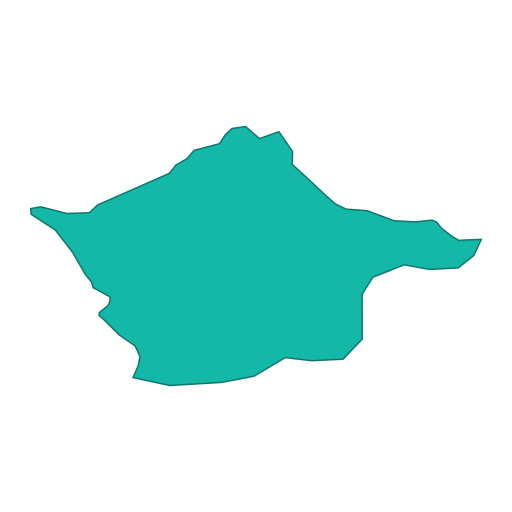 SVG path tracing the border of Pargaujas
{"feature_id": "LVA-5793", "entity_name": "Pargaujas", "entity_type": "Municipality", "adm_level": 1, "iso_a3": "LVA", "parent_name": "Latvia", "parent_adm1": "", "projection": "robinson", "projection_center": [25.076, 57.369], "detail": "fine", "context": "isolated", "style": "filled", "palette": "teal", "viewbox_px": 512, "rotation_deg": 0, "n_neighbors": 0, "source": "natural_earth", "source_scale": "10m", "svg_char_len": 863}
<svg xmlns="http://www.w3.org/2000/svg" viewBox="0 0 512 512"><path d="M245.5,126.5L259.5,138.6L278.9,131.7L292.5,151.4L292.3,164.5L307.0,177.9L326.1,195.8L335.5,204.0L346.1,209.1L367.2,210.7L393.8,220.7L415.5,221.9L432.1,220.1L436.8,222.2L441.4,228.2L452.2,236.5L458.6,240.3L481.3,239.4L473.8,255.5L458.2,267.9L429.4,269.4L404.2,264.8L372.9,277.2L362.1,294.2L362.2,328.2L362.2,339.1L343.0,359.2L311.7,360.7L285.2,357.6L254.0,376.2L221.5,382.4L169.8,385.5L133.0,377.6L138.1,366.0L140.0,356.5L135.1,345.9L119.2,334.9L106.2,321.9L99.0,315.3L99.5,312.4L107.9,305.7L109.9,301.6L110.2,297.0L93.1,287.6L91.5,282.0L85.3,274.4L72.7,252.5L55.3,230.0L31.1,214.3L30.7,208.6L40.8,206.8L66.9,213.5L89.3,212.7L97.7,204.9L169.4,173.3L176.0,165.0L186.8,158.8L194.2,150.3L219.5,143.7L225.3,134.8L232.0,128.5L245.5,126.5Z" fill="#14b8a6" stroke="#0f766e" stroke-width="1.5"/></svg>